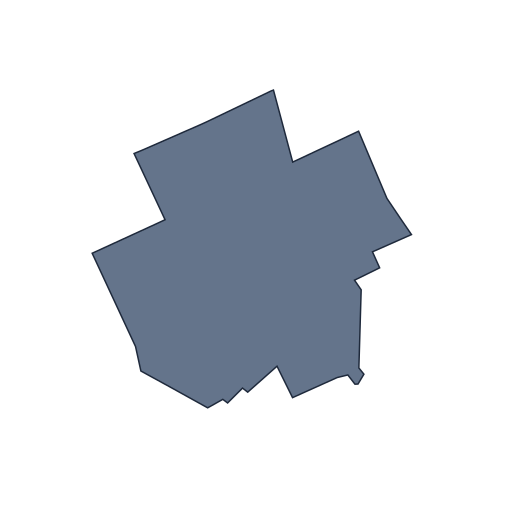 the district of Lamoille, Vermont, United States of America, rotated 218°
{"feature_id": "52423323B54117752265696", "entity_name": "Lamoille", "entity_type": "district", "adm_level": 2, "iso_a3": "USA", "parent_name": "United States of America", "parent_adm1": "Vermont", "projection": "orthographic", "projection_center": [-72.691, 44.6], "detail": "fine", "context": "isolated", "style": "filled", "palette": "slate", "viewbox_px": 512, "rotation_deg": 218, "n_neighbors": 0, "source": "geoboundaries", "source_scale": "gbopen_adm2", "svg_char_len": 599}
<svg xmlns="http://www.w3.org/2000/svg" viewBox="0 0 512 512"><g transform="rotate(218 256 256)"><path d="M295.2,110.5L286.5,103.3L275.9,94.5L239.7,100.4L200.6,106.6L193.9,122.6L187.9,122.7L185.3,143.6L178.7,143.6L171.6,182.1L140.0,166.9L117.2,210.2L110.4,218.8L99.1,215.9L96.8,217.9L98.2,229.3L106.0,231.1L152.3,294.1L163.5,297.6L151.3,322.8L166.8,331.0L146.7,368.6L165.9,374.7L188.3,382.0L252.0,417.5L284.9,352.6L344.4,397.5L345.7,395.4L377.7,330.9L380.2,326.1L411.4,268.3L415.2,261.7L350.0,228.6L353.2,222.3L386.8,157.3L295.2,110.5Z" fill="#64748b" stroke="#1e293b" stroke-width="1.5"/></g></svg>